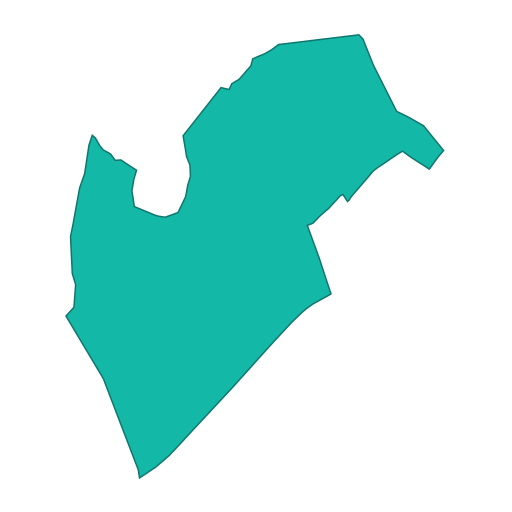 Kesm Awal Assuit, Asyut, Egypt (orthographic projection), rotated 87°
{"feature_id": "37247803B33059704038679", "entity_name": "Kesm Awal Assuit", "entity_type": "district", "adm_level": 2, "iso_a3": "EGY", "parent_name": "Egypt", "parent_adm1": "Asyut", "projection": "orthographic", "projection_center": [31.152, 27.186], "detail": "fine", "context": "isolated", "style": "filled", "palette": "teal", "viewbox_px": 512, "rotation_deg": 87, "n_neighbors": 0, "source": "geoboundaries", "source_scale": "gbopen_adm2", "svg_char_len": 1793}
<svg xmlns="http://www.w3.org/2000/svg" viewBox="0 0 512 512"><g transform="rotate(87 256 256)"><path d="M126.9,413.2L136.5,417.0L164.8,422.8L178.9,428.6L215.7,437.3L227.0,440.2L243.9,440.3L256.5,440.3L263.8,440.4L267.8,439.4L275.1,437.6L297.7,440.5L306.0,448.9L331.4,435.5L370.6,414.8L419.5,399.0L460.1,385.8L463.1,384.8L471.5,383.9L461.5,367.1L450.8,353.3L443.7,345.8L427.7,329.4L398.9,299.6L386.0,286.3L366.9,267.2L347.4,247.8L324.2,223.9L315.2,213.6L311.1,208.3L306.7,201.3L301.2,189.9L297.8,183.1L273.6,189.7L261.6,192.9L228.1,203.2L226.7,198.7L226.4,198.0L226.1,197.3L225.1,196.2L220.6,191.4L219.4,190.1L219.2,189.8L214.4,183.7L212.7,181.4L210.9,179.5L207.9,176.5L204.5,172.9L200.6,169.1L199.0,166.1L199.2,165.9L204.7,162.8L206.4,161.7L206.0,161.3L205.7,160.9L204.7,159.7L204.0,159.4L203.4,159.1L200.3,156.4L190.8,147.3L183.6,140.4L178.3,135.5L176.6,133.6L173.7,129.3L172.4,127.0L170.0,123.0L168.9,121.2L163.9,113.0L160.7,107.5L159.9,106.0L159.6,105.3L159.1,104.7L159.2,104.2L159.3,103.7L161.0,101.7L162.4,99.9L164.2,97.8L166.1,95.3L171.4,88.0L173.5,84.9L176.7,80.6L178.3,78.5L177.8,78.0L177.6,77.9L177.5,77.7L170.5,72.1L167.7,69.8L165.8,68.2L160.5,63.1L134.7,81.9L125.4,96.4L118.9,108.0L71.5,128.8L45.0,137.8L40.5,141.7L46.0,222.4L50.9,229.7L54.6,237.0L56.6,242.7L58.9,248.9L65.8,251.1L71.5,256.7L76.0,261.0L78.7,263.7L80.2,266.5L82.7,271.2L88.3,274.1L87.6,276.7L86.0,282.1L132.1,322.5L144.9,321.0L153.3,320.1L161.8,317.2L173.1,317.3L181.5,320.4L184.5,321.1L192.9,323.1L198.5,326.1L208.5,331.6L210.3,337.3L212.5,344.7L211.1,351.5L210.0,354.6L206.1,362.8L200.3,374.9L191.1,375.8L184.5,376.5L173.1,374.0L164.1,370.8L159.2,377.6L157.8,379.5L153.0,385.9L153.1,391.6L146.5,395.9L142.0,403.1L137.6,406.3L129.7,410.2L126.9,413.2Z" fill="#14b8a6" stroke="#0f766e" stroke-width="1.5"/></g></svg>